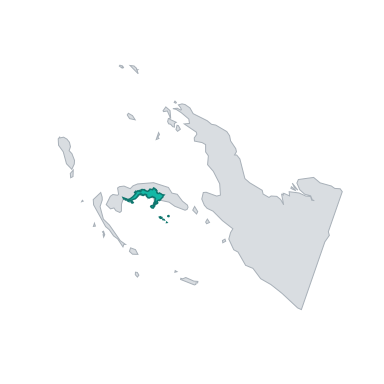 Talasea District, West New Britain, Papua New Guinea (highlighted), rotated 200°
{"feature_id": "67681753B12348367774956", "entity_name": "Talasea District", "entity_type": "district", "adm_level": 2, "iso_a3": "PNG", "parent_name": "Papua New Guinea", "parent_adm1": "West New Britain", "projection": "albers", "projection_center": [150.421, -5.275], "detail": "fine", "context": "in_parent", "style": "filled", "palette": "teal", "viewbox_px": 384, "rotation_deg": 200, "n_neighbors": 0, "source": "geoboundaries", "source_scale": "gbopen_adm2", "svg_char_len": 8797}
<svg xmlns="http://www.w3.org/2000/svg" viewBox="0 0 384 384"><g transform="rotate(200 192 192)"><path d="M50.9,243.7L50.3,201.3L48.1,198.2L50.1,190.6L49.0,118.9L53.1,119.2L72.9,127.6L86.2,132.0L97.8,134.0L108.6,141.1L116.5,141.4L128.2,151.3L133.0,152.0L141.3,160.3L141.9,167.1L141.0,171.4L153.6,175.5L165.7,181.2L172.2,181.8L175.9,183.8L180.4,188.7L181.2,195.4L178.6,196.6L167.4,196.6L164.2,198.8L168.8,209.2L179.0,218.7L186.7,223.0L189.0,231.6L192.9,234.3L195.4,241.2L199.4,241.9L207.1,240.7L208.4,243.6L207.2,247.9L208.4,249.7L222.6,253.3L217.8,255.6L220.0,259.5L229.3,262.9L235.0,264.2L238.5,263.8L234.4,265.7L230.8,265.1L230.1,265.7L231.6,267.4L234.6,269.2L231.5,271.4L228.4,271.8L222.7,270.3L217.7,266.0L202.2,264.2L196.8,262.3L192.6,263.0L180.0,260.7L175.9,257.7L173.2,253.2L165.7,247.7L164.0,245.0L164.7,241.4L162.6,242.0L158.3,239.4L146.9,222.7L141.0,220.4L126.6,217.6L124.5,214.4L117.8,213.2L116.3,215.3L110.8,216.9L106.1,215.3L101.5,211.3L107.0,220.5L105.1,220.5L106.0,221.9L105.0,222.2L99.0,221.7L100.8,225.5L91.0,227.7L83.6,227.1L80.1,228.1L78.7,228.0L76.7,225.2L74.1,225.7L76.3,225.8L79.2,229.0L85.4,228.5L91.4,230.9L96.5,236.3L96.3,240.1L82.7,247.3L74.8,244.4L63.2,245.3L59.1,244.2L53.9,245.7L50.9,243.7ZM257.1,148.4L259.9,150.3L262.8,148.3L268.3,150.8L267.3,160.0L265.5,162.6L260.8,163.5L260.2,164.8L263.3,170.3L262.0,172.2L257.9,174.3L251.2,174.0L249.5,177.7L245.8,181.0L231.3,187.6L215.7,188.2L210.5,184.1L205.1,184.8L197.8,180.1L191.8,178.1L190.5,176.3L190.7,173.9L192.3,172.5L203.2,172.7L210.1,174.6L219.1,173.4L221.6,172.0L222.5,166.1L224.0,163.6L225.5,164.7L223.7,169.3L225.8,173.4L232.2,172.2L236.3,173.2L239.5,172.0L244.0,165.6L247.7,162.6L254.3,161.2L254.1,156.4L251.8,149.9L252.8,148.1L257.1,148.4ZM335.9,196.2L335.1,198.3L334.7,197.6L331.4,199.6L327.6,198.9L324.2,196.8L321.7,193.0L321.6,188.8L317.9,186.9L313.2,181.5L312.2,178.0L312.7,172.2L319.6,175.6L326.7,185.7L333.4,190.3L335.9,196.2ZM282.2,151.1L277.6,160.3L274.7,156.5L273.6,153.8L273.4,146.8L266.0,136.2L258.3,132.7L242.7,121.7L236.6,120.0L238.1,119.5L238.1,116.8L245.8,122.5L250.6,123.9L256.9,128.3L261.3,129.9L280.1,146.3L282.2,151.1ZM158.0,105.5L172.8,105.9L173.0,107.1L171.1,107.2L168.6,109.5L159.8,108.9L155.9,110.0L155.6,108.5L157.1,108.0L156.8,106.4L158.0,105.5ZM232.4,246.8L235.1,248.3L237.3,248.1L239.0,249.9L239.3,252.9L238.4,253.6L237.7,252.7L230.6,252.1L232.0,250.4L230.7,247.0L232.4,246.8ZM230.6,118.5L225.4,118.5L221.5,114.9L226.6,113.2L230.5,114.8L230.6,118.5ZM242.9,259.7L246.2,257.8L247.0,258.4L245.7,263.0L240.5,261.0L237.1,253.7L242.9,259.7ZM270.1,240.4L275.7,239.6L278.4,241.6L279.2,242.3L278.7,244.2L274.0,243.4L270.1,240.4ZM283.0,284.7L293.5,289.7L289.6,290.6L286.3,289.2L285.9,288.0L284.6,288.4L285.2,287.5L283.0,284.7ZM184.6,179.3L179.9,175.5L180.2,172.9L185.1,175.2L184.6,179.3ZM228.9,249.6L227.5,249.7L224.4,247.0L226.3,244.1L228.4,245.2L228.9,249.6ZM311.1,172.0L309.1,165.8L310.9,163.9L312.7,167.8L311.1,172.0ZM168.3,171.8L165.1,169.4L167.4,167.2L168.9,168.4L168.3,171.8ZM217.7,97.3L215.9,97.7L213.5,95.7L214.2,93.4L217.0,94.9L217.7,97.3ZM146.8,156.8L144.9,159.0L143.5,157.3L145.7,154.8L146.8,156.8ZM243.6,229.0L243.7,236.4L242.2,234.9L242.9,231.9L241.4,231.0L243.6,229.0ZM97.7,231.6L100.8,234.6L93.1,229.9L97.7,231.6ZM100.4,230.9L96.2,229.7L95.3,228.8L100.3,229.2L100.4,230.9ZM303.4,285.5L303.1,286.5L300.4,286.7L298.5,285.2L300.3,285.6L300.0,284.5L303.4,285.5ZM272.9,125.9L273.0,129.3L271.1,126.9L272.9,125.9ZM262.5,124.0L261.7,124.9L259.8,122.5L260.2,122.1L262.5,124.0ZM239.4,270.1L239.1,271.6L237.3,270.8L237.5,269.9L239.4,270.1ZM260.9,121.4L259.4,121.8L259.6,119.4L260.9,121.4ZM180.7,110.7L180.9,112.4L178.8,112.0L180.7,110.7ZM292.4,145.1L292.2,146.7L291.1,146.2L292.4,145.1Z" fill="#d9dde1" stroke="#a8b0b8" stroke-width="1"/><path d="M253.8,162.1L253.3,162.4L253.2,162.4L252.6,162.7L252.4,162.6L252.1,162.3L252.0,162.2L251.9,162.3L251.9,162.2L251.7,162.2L251.5,161.9L251.3,161.9L250.8,162.4L250.5,162.4L250.1,162.3L250.0,162.2L249.5,162.2L249.1,161.8L248.8,161.8L248.6,161.7L248.4,161.8L248.2,161.6L248.0,161.8L248.1,162.3L248.0,162.5L247.4,162.7L246.8,162.9L246.4,163.1L246.2,163.3L245.9,163.5L245.7,163.8L245.3,164.2L244.6,165.1L244.0,165.6L243.6,165.8L243.4,166.0L243.0,166.2L242.5,167.1L242.3,167.7L242.1,168.0L242.1,168.4L241.8,168.7L241.7,169.0L241.4,170.1L241.6,170.5L241.2,171.0L240.8,171.6L240.5,172.0L239.9,172.3L239.7,172.2L239.7,172.4L239.6,172.7L239.4,172.8L239.0,172.8L238.5,172.8L238.4,172.7L238.1,172.6L238.2,172.4L237.9,171.9L237.6,172.1L237.2,172.0L236.8,172.0L236.6,172.2L236.4,172.3L236.6,172.5L236.4,172.9L236.0,173.4L235.6,173.7L235.3,173.9L235.2,173.9L234.9,173.8L234.8,173.7L234.3,173.9L233.9,173.9L233.7,173.8L233.5,173.6L233.5,173.1L233.4,172.9L233.4,172.7L233.2,172.6L233.0,172.4L232.7,172.3L232.5,172.1L232.2,171.9L231.8,171.9L231.6,171.7L231.3,171.6L231.0,171.7L230.9,171.6L230.7,171.6L230.1,171.8L229.9,172.1L229.8,172.3L228.8,172.9L228.7,173.1L228.3,173.5L228.1,173.8L227.8,174.2L227.4,174.1L226.8,174.0L226.6,173.8L226.2,174.0L226.1,173.9L225.6,174.0L225.2,174.0L224.9,173.7L224.1,173.3L224.1,173.1L224.2,172.9L224.2,172.7L224.1,172.2L223.9,171.8L223.8,171.5L223.8,171.1L223.6,171.0L223.6,170.8L223.5,170.6L223.2,170.5L223.2,170.4L223.3,170.4L223.1,170.3L223.4,170.2L223.2,169.9L223.4,169.7L223.2,169.5L223.1,169.2L223.0,169.3L222.8,169.0L222.6,169.0L222.6,168.9L222.7,168.7L223.1,168.6L223.3,168.6L223.5,168.4L223.8,168.3L223.8,168.2L223.6,168.2L223.8,167.6L223.6,167.2L223.4,166.8L223.4,166.4L223.6,166.1L224.0,165.7L224.5,165.6L224.9,165.4L225.3,165.3L225.5,165.1L225.6,164.9L225.9,164.5L225.9,164.3L225.5,164.1L225.4,163.9L225.2,163.8L225.1,163.7L224.6,163.5L224.0,163.4L223.9,163.5L223.7,163.5L223.4,163.6L223.0,163.6L222.7,164.2L222.6,164.6L222.7,164.8L222.9,165.1L222.8,165.4L222.8,165.5L222.6,165.5L222.5,165.8L222.3,165.9L222.3,166.0L222.3,166.4L222.6,166.9L222.7,167.0L222.8,167.3L222.3,167.9L222.3,168.0L222.3,168.4L222.0,168.5L221.8,168.5L221.6,168.5L221.4,168.6L221.5,168.8L221.1,169.2L220.8,169.3L220.7,169.4L220.7,169.6L220.5,169.8L220.6,170.3L220.8,170.5L220.9,170.8L221.3,171.0L221.4,170.9L221.5,170.9L221.7,171.1L221.7,171.3L221.5,171.5L221.3,172.2L220.8,172.7L220.6,172.8L220.0,173.3L219.6,173.4L219.4,173.2L218.0,176.8L217.9,176.9L217.8,177.0L217.7,177.1L217.8,178.3L217.8,178.6L217.3,179.6L219.2,179.3L220.0,179.6L221.6,179.8L222.1,180.0L222.4,179.8L222.5,179.6L222.8,179.3L223.1,179.1L223.6,178.9L224.1,179.0L224.3,179.1L224.5,179.5L224.9,179.5L225.1,179.9L225.4,181.2L226.0,181.3L226.1,181.5L226.3,181.8L226.6,181.5L226.8,181.4L227.0,181.6L227.2,181.9L227.3,182.1L227.5,182.1L227.9,182.3L228.1,182.5L228.3,182.6L228.8,182.3L229.0,182.6L229.5,182.6L229.5,182.4L229.9,180.7L232.5,180.3L232.6,179.9L232.7,179.4L232.6,179.2L233.1,178.7L233.0,178.3L233.1,178.2L233.3,178.2L233.4,177.9L233.6,177.8L233.7,177.7L234.0,177.4L234.3,177.3L234.6,177.4L234.8,177.3L236.4,177.4L236.8,177.4L236.8,177.6L237.2,177.9L237.5,177.8L237.9,177.7L238.0,177.8L238.4,177.5L239.0,177.2L239.2,177.4L239.4,177.4L239.6,177.2L240.1,177.1L240.3,176.9L240.6,176.7L240.6,176.2L240.3,175.9L240.3,175.7L240.2,175.6L240.2,175.4L240.5,175.0L240.4,174.8L240.4,174.7L240.8,174.6L241.4,175.1L241.5,175.1L241.9,175.4L242.0,175.4L242.2,175.2L242.2,174.8L242.4,174.8L242.7,174.7L243.0,174.5L243.4,174.4L243.3,174.2L243.7,174.1L243.8,173.5L244.0,173.3L244.2,173.2L244.3,173.2L244.5,173.2L244.6,173.3L244.9,173.1L245.1,173.2L245.1,172.9L245.3,172.8L245.3,172.6L245.5,172.5L245.8,172.0L245.5,171.7L245.2,171.7L244.9,171.6L244.4,171.6L244.2,171.4L246.0,167.2L247.8,164.4L249.6,163.0L254.8,163.1L253.8,162.1ZM244.9,161.2L244.5,161.1L244.3,161.2L244.0,161.6L243.7,161.7L243.6,161.9L243.8,162.0L244.5,162.5L244.8,162.6L245.4,162.4L245.4,162.2L245.7,162.1L245.9,161.8L245.6,161.6L245.3,161.4L245.0,161.3L244.9,161.2ZM213.1,156.6L212.5,156.5L212.2,156.6L211.9,156.8L211.7,156.9L211.6,157.1L211.5,157.4L211.4,157.5L211.5,157.6L211.8,157.7L212.0,157.7L212.0,157.8L212.6,157.7L212.3,157.4L212.2,157.3L212.1,157.2L212.3,156.9L212.7,156.8L212.9,156.9L213.0,157.1L212.9,157.3L212.8,157.7L213.1,157.7L213.3,157.9L213.5,157.9L213.7,157.6L213.7,157.2L213.4,157.0L213.5,157.0L213.4,156.9L213.5,156.8L213.1,156.6ZM206.3,160.8L205.9,160.8L205.7,160.8L205.3,161.1L205.3,161.4L205.7,161.9L205.8,161.9L206.0,161.8L206.5,161.4L206.5,161.1L206.3,160.8ZM223.8,169.1L223.7,169.0L223.4,169.1L223.4,169.4L223.6,169.5L223.7,169.3L223.9,169.4L224.0,169.1L223.9,169.0L223.8,169.1ZM210.5,156.2L210.2,156.1L209.9,156.1L209.7,156.1L209.6,156.3L210.0,156.2L210.1,156.3L210.3,156.2L210.5,156.2ZM205.4,154.9L205.4,154.7L205.2,154.8L205.4,154.9ZM248.4,161.7L248.5,161.6L248.3,161.6L248.4,161.7ZM231.6,170.3L231.7,170.2L231.6,170.3L231.6,170.3ZM208.9,156.5L208.8,156.4L208.7,156.4L208.8,156.5L208.9,156.5ZM209.4,156.2L209.5,156.3L209.4,156.2Z" fill="#14b8a6" stroke="#0f766e" stroke-width="1.5"/></g></svg>